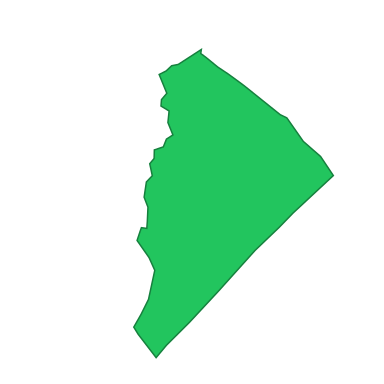 Diffa, Diffa, Niger, rotated 145°
{"feature_id": "23599985B49279802347692", "entity_name": "Diffa", "entity_type": "district", "adm_level": 2, "iso_a3": "NER", "parent_name": "Niger", "parent_adm1": "Diffa", "projection": "robinson", "projection_center": [12.611, 13.482], "detail": "fine", "context": "isolated", "style": "filled", "palette": "green", "viewbox_px": 384, "rotation_deg": 145, "n_neighbors": 0, "source": "geoboundaries", "source_scale": "gbopen_adm2", "svg_char_len": 759}
<svg xmlns="http://www.w3.org/2000/svg" viewBox="0 0 384 384"><g transform="rotate(145 192 192)"><path d="M102.6,303.4L130.1,304.4L136.2,307.1L143.8,306.0L151.5,307.1L156.0,287.3L164.0,285.2L168.1,280.2L164.3,271.5L171.9,262.7L174.9,249.7L182.6,250.0L189.6,245.4L198.7,248.1L203.8,241.2L210.4,239.4L215.2,228.1L223.6,226.4L234.2,215.2L236.8,204.8L245.5,193.5L249.9,188.1L253.9,191.8L257.0,189.6L264.8,183.8L264.8,183.2L264.8,162.9L267.4,149.2L289.2,129.0L303.9,121.0L317.2,114.7L317.7,106.3L316.4,76.9L300.9,81.1L268.8,86.7L227.7,95.5L173.7,108.0L141.1,113.0L121.3,116.8L66.8,124.4L66.3,147.3L71.8,169.6L71.8,198.3L75.4,204.8L88.4,249.4L94.6,267.7L99.2,279.5L103.4,294.4L105.4,300.4L102.6,303.4Z" fill="#22c55e" stroke="#15803d" stroke-width="1.5"/></g></svg>